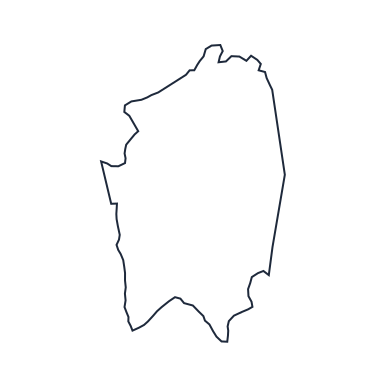 Saltinho, Santa Catarina, Brazil, rotated 285°
{"feature_id": "56859067B33666682456354", "entity_name": "Saltinho", "entity_type": "district", "adm_level": 2, "iso_a3": "BRA", "parent_name": "Brazil", "parent_adm1": "Santa Catarina", "projection": "albers", "projection_center": [-53.035, -26.587], "detail": "fine", "context": "isolated", "style": "outline", "palette": "slate", "viewbox_px": 384, "rotation_deg": 285, "n_neighbors": 0, "source": "geoboundaries", "source_scale": "gbopen_adm2", "svg_char_len": 1399}
<svg xmlns="http://www.w3.org/2000/svg" viewBox="0 0 384 384"><g transform="rotate(285 192 192)"><path d="M131.6,287.7L159.7,284.0L232.7,277.2L311.5,243.0L315.4,239.6L321.4,234.6L326.8,231.5L326.8,224.9L333.5,225.3L336.5,220.9L338.9,213.8L332.8,210.6L335.1,202.7L333.4,194.9L326.9,191.0L324.2,184.1L330.2,183.9L336.1,185.2L341.3,181.3L338.5,173.0L333.6,168.3L326.0,168.1L320.5,165.6L316.2,164.2L310.2,162.7L308.9,158.2L303.7,155.9L279.4,133.6L275.1,127.7L271.8,124.3L268.0,119.3L263.8,110.0L258.3,104.8L251.8,105.9L249.4,111.7L236.8,124.3L232.8,121.7L227.1,119.1L220.7,116.2L216.3,116.4L211.8,116.9L207.4,119.1L202.6,119.8L197.8,114.2L196.1,107.4L197.6,102.7L198.0,96.3L159.7,117.0L161.4,122.5L156.2,123.6L151.2,124.6L146.3,126.2L139.9,129.2L131.9,133.3L127.1,133.8L121.4,132.8L117.0,135.7L113.6,139.2L108.4,143.2L102.0,146.0L96.4,148.3L89.2,150.2L82.7,152.7L76.5,153.5L70.1,155.9L63.4,156.6L58.7,160.0L54.8,163.0L50.5,164.0L46.8,167.4L42.7,170.4L47.2,175.9L51.2,180.1L55.5,182.9L62.4,186.5L67.8,189.1L73.0,192.5L80.6,198.1L86.0,202.8L86.0,208.4L82.6,213.1L82.6,222.2L78.2,229.5L75.1,235.1L71.1,237.8L68.6,243.1L63.0,248.4L58.6,253.1L55.3,259.2L56.5,264.8L62.6,263.9L67.4,262.9L71.4,261.2L76.8,261.0L83.4,264.5L89.1,271.3L93.2,276.6L96.7,280.1L101.4,277.9L106.0,273.5L112.7,271.3L119.1,271.8L125.3,271.8L130.7,276.7L134.2,281.4L131.6,287.7Z" fill="none" stroke="#1e293b" stroke-width="2"/></g></svg>